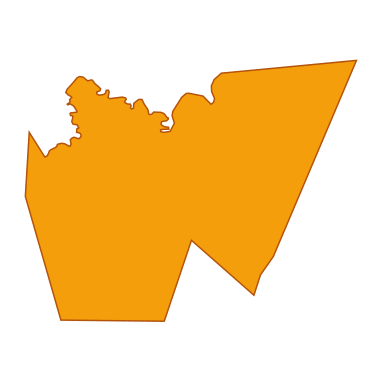 Franklin, Virginia, United States of America (Mercator projection), rotated 269°
{"feature_id": "52423323B87493021835120", "entity_name": "Franklin", "entity_type": "district", "adm_level": 2, "iso_a3": "USA", "parent_name": "United States of America", "parent_adm1": "Virginia", "projection": "mercator", "projection_center": [-76.922, 36.678], "detail": "fine", "context": "isolated", "style": "filled", "palette": "amber", "viewbox_px": 384, "rotation_deg": 269, "n_neighbors": 0, "source": "geoboundaries", "source_scale": "gbopen_adm2", "svg_char_len": 1656}
<svg xmlns="http://www.w3.org/2000/svg" viewBox="0 0 384 384"><g transform="rotate(269 192 192)"><path d="M254.5,30.3L190.5,25.3L66.2,58.7L63.3,162.0L143.7,190.6L87.7,252.1L107.9,259.0L126.1,272.2L320.7,358.7L310.3,223.4L304.0,216.1L297.7,213.2L292.0,213.4L285.0,216.2L281.2,215.1L279.4,212.5L287.7,204.7L290.8,190.5L290.6,187.9L286.9,183.4L273.1,174.3L268.6,173.4L261.1,175.6L253.0,171.2L252.1,164.8L252.9,161.8L254.8,161.7L255.2,165.1L255.2,169.9L257.1,169.7L257.8,165.6L259.2,163.1L260.4,162.3L262.5,162.6L263.1,163.7L263.6,167.7L265.0,169.4L266.5,169.5L266.5,168.7L270.9,165.4L272.2,162.2L272.6,155.1L270.8,153.5L270.1,151.6L270.6,150.1L275.0,149.4L281.0,145.6L285.4,143.6L285.5,140.4L281.7,135.4L276.8,134.9L276.1,133.3L276.9,132.0L279.5,132.6L281.0,131.8L281.0,129.2L282.3,126.9L283.4,126.1L285.9,127.9L287.3,127.1L288.1,123.9L286.8,111.3L287.9,109.7L293.4,110.9L295.2,110.3L295.1,107.9L292.6,107.4L291.1,105.7L290.4,100.9L291.4,98.8L293.5,98.4L295.0,101.9L296.8,102.4L299.3,100.0L302.0,96.8L305.5,94.4L305.8,93.1L304.9,89.7L308.8,85.0L309.4,81.7L308.3,79.2L303.6,75.2L296.8,68.9L293.7,67.5L291.4,69.7L289.7,72.5L288.6,73.4L286.4,71.2L285.0,71.8L283.6,71.1L282.0,68.8L281.3,69.4L282.2,71.8L280.1,75.1L274.8,78.4L273.8,78.2L273.2,72.0L272.3,71.4L270.5,72.0L270.3,73.6L269.4,74.3L264.4,73.0L261.9,74.3L261.2,78.3L258.1,79.9L257.0,77.9L253.6,77.7L253.1,80.4L251.9,81.7L249.8,82.2L247.8,80.7L247.3,79.2L248.8,75.1L248.2,73.2L246.3,71.2L242.3,71.9L240.1,71.1L239.8,70.2L242.5,65.4L243.0,62.4L242.0,58.3L239.8,57.4L238.8,56.1L236.9,51.9L235.7,50.2L232.7,49.0L230.4,47.6L229.6,45.4L254.5,30.3Z" fill="#f59e0b" stroke="#b45309" stroke-width="1.5"/></g></svg>